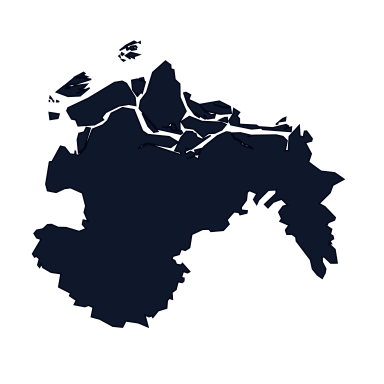 Barisal, Barisal, Bangladesh, rotated 277°
{"feature_id": "16705992B66943755852345", "entity_name": "Barisal", "entity_type": "district", "adm_level": 2, "iso_a3": "BGD", "parent_name": "Bangladesh", "parent_adm1": "Barisal", "projection": "robinson", "projection_center": [90.343, 22.763], "detail": "fine", "context": "isolated", "style": "filled", "palette": "ink", "viewbox_px": 384, "rotation_deg": 277, "n_neighbors": 0, "source": "geoboundaries", "source_scale": "gbopen_adm2", "svg_char_len": 6046}
<svg xmlns="http://www.w3.org/2000/svg" viewBox="0 0 384 384"><g transform="rotate(277 192 192)"><path d="M139.2,344.7L152.4,340.9L157.2,334.2L157.7,336.7L160.2,334.8L162.8,338.1L165.7,337.1L166.7,334.4L172.1,335.1L174.8,329.7L178.3,331.0L181.5,336.8L184.1,337.3L193.6,325.6L195.9,319.5L208.1,329.1L215.8,330.9L223.2,341.2L228.4,331.2L228.3,317.4L235.9,304.0L244.5,305.7L254.7,298.5L257.2,304.4L259.5,304.8L266.4,298.3L266.0,296.3L259.9,295.9L260.8,292.2L271.0,290.3L259.0,281.8L244.6,282.7L244.4,279.4L254.5,280.1L258.1,275.5L258.8,268.6L255.6,245.2L253.2,240.2L255.5,243.1L256.6,233.0L255.4,225.0L250.5,228.1L249.9,232.0L245.6,238.4L245.6,240.8L243.2,246.2L242.2,246.7L244.9,235.9L248.0,233.3L250.0,227.4L255.7,222.9L255.8,218.7L250.8,210.4L238.8,198.6L233.6,195.4L225.2,194.1L227.4,189.9L224.5,182.5L228.6,190.0L230.6,190.2L232.1,185.6L228.9,181.5L231.3,179.7L233.9,184.0L234.7,179.8L234.5,186.1L250.4,203.7L245.5,195.6L247.1,190.0L250.2,188.7L251.2,184.5L251.9,185.8L251.5,179.0L244.8,174.5L230.8,169.9L230.0,176.2L227.6,176.2L234.4,142.3L228.1,133.3L231.8,135.5L234.9,141.2L233.6,165.4L239.8,172.1L244.1,162.6L243.6,141.2L246.6,135.4L266.6,124.4L267.2,112.9L260.3,102.3L252.4,99.5L247.5,95.2L242.2,85.6L222.2,80.7L214.6,75.0L214.5,72.4L218.9,71.1L214.9,71.2L214.7,66.4L220.9,60.3L221.4,55.9L205.0,49.4L204.5,46.9L181.9,46.0L175.7,48.5L175.1,57.2L180.0,65.1L181.5,71.0L177.7,83.4L165.1,88.3L158.7,87.5L150.4,92.3L150.9,87.5L146.5,87.2L142.7,91.4L139.0,84.8L141.3,71.4L140.5,63.5L142.6,56.5L141.9,52.6L137.2,48.7L135.1,42.5L131.6,40.3L127.6,43.5L126.7,48.1L111.2,41.3L108.3,43.6L109.3,45.5L107.1,48.7L100.8,47.8L98.7,49.9L102.3,51.1L98.9,53.3L95.2,61.9L95.0,71.9L81.5,71.3L76.8,84.0L74.1,83.2L70.4,90.5L65.9,88.9L65.2,99.8L67.0,103.0L65.4,108.0L55.9,107.3L54.7,115.8L49.2,129.7L49.4,139.5L56.0,142.0L55.7,154.4L52.8,164.8L64.2,160.2L63.0,164.6L64.3,167.1L62.8,168.4L70.1,173.0L73.7,181.0L81.2,180.7L83.9,182.3L83.2,185.6L89.9,184.3L93.3,188.0L101.3,189.0L101.0,193.3L102.6,194.7L105.4,194.6L105.7,191.8L112.1,193.0L111.3,197.4L112.7,199.4L119.9,191.2L118.1,190.2L118.2,185.4L121.9,183.2L122.7,180.2L126.0,180.9L128.5,186.8L133.9,188.2L133.3,192.5L136.5,196.4L149.9,196.9L156.3,207.2L157.2,213.3L155.2,215.6L157.8,227.8L164.6,232.7L168.6,230.0L177.4,236.0L177.6,240.9L175.4,242.5L177.8,248.9L180.0,249.1L180.0,243.2L183.0,242.7L190.6,246.9L198.6,246.8L200.5,248.9L198.3,256.7L192.0,254.1L187.6,257.7L192.2,259.1L203.1,267.6L204.5,275.4L200.6,275.6L188.6,265.6L185.6,269.3L191.9,273.9L195.9,281.8L190.7,288.5L188.9,284.1L182.6,280.6L176.5,284.3L173.7,282.9L170.9,292.4L165.6,289.5L161.6,291.4L162.3,296.3L160.0,300.6L156.0,301.6L139.2,317.9L130.3,321.0L125.0,326.5L122.2,331.7L127.9,333.9L132.0,334.1L138.3,329.8L143.4,329.0L143.7,331.3L138.4,338.3L139.2,344.7ZM318.7,149.7L305.9,138.5L285.3,134.9L276.6,129.9L268.5,129.5L250.3,149.4L248.0,173.8L249.5,175.4L251.6,173.8L250.0,166.6L250.9,164.3L254.4,162.4L252.6,159.7L253.0,154.1L253.2,159.8L257.0,161.5L258.0,164.1L256.9,166.8L251.9,169.5L252.3,172.5L260.2,171.2L271.5,176.2L284.5,168.5L297.8,166.6L301.5,161.4L311.0,159.0L311.6,156.0L315.5,155.3L318.7,149.7ZM243.8,70.9L246.9,87.1L252.9,95.3L254.9,93.4L260.5,96.7L268.6,109.1L271.4,118.6L271.0,125.6L278.9,123.9L291.7,113.7L293.4,109.3L291.2,101.7L272.5,77.9L260.4,58.7L257.4,57.9L253.2,61.0L249.8,63.6L249.5,67.8L243.8,70.9ZM264.7,212.3L263.2,193.4L266.6,180.2L260.4,172.7L254.9,177.3L254.8,185.9L247.7,196.3L252.1,201.1L253.2,207.4L257.3,214.0L263.1,217.7L264.7,212.3ZM281.2,220.0L285.5,208.0L279.7,188.9L274.0,195.9L272.7,210.6L274.9,221.4L280.3,219.8L279.6,212.8L281.2,204.1L281.8,203.5L280.1,212.1L281.2,220.0ZM279.9,188.3L283.3,177.4L288.2,178.7L290.1,173.9L289.2,171.8L277.5,177.4L269.1,185.3L266.6,190.7L269.2,186.8L270.8,185.3L266.1,196.0L266.9,197.9L269.2,194.4L269.7,194.6L266.5,198.5L268.3,205.1L271.8,205.6L270.9,201.8L273.7,194.7L279.9,188.3ZM282.1,52.5L274.7,45.2L271.8,57.3L273.8,69.2L282.9,77.7L275.4,65.3L280.5,71.5L280.2,66.6L282.3,71.9L286.2,74.8L283.1,62.2L279.1,56.1L282.0,58.6L279.9,56.4L279.1,52.8L282.0,57.3L282.1,52.5ZM279.9,223.3L274.2,223.2L267.2,220.0L263.5,222.4L261.9,243.4L263.8,252.2L266.1,247.7L264.9,230.8L270.7,230.0L272.9,227.3L276.9,229.5L279.9,223.3ZM236.4,72.7L230.0,71.8L217.0,74.7L222.2,79.6L242.9,83.2L243.2,79.2L238.3,77.6L236.4,72.7ZM295.5,118.6L286.2,120.7L279.9,126.5L283.4,124.6L281.6,127.0L284.9,129.3L284.0,130.5L295.5,132.2L297.3,123.8L295.5,118.6ZM270.4,277.2L265.5,264.2L264.9,252.2L262.8,254.4L264.1,282.9L268.6,282.8L266.7,278.0L266.3,275.1L268.3,279.3L269.3,277.5L268.9,280.3L270.4,277.2ZM282.6,53.2L285.2,64.2L291.6,78.2L291.6,65.4L290.2,63.2L291.6,64.5L291.9,62.1L282.6,53.2ZM248.0,150.8L264.1,132.9L251.9,140.4L246.7,146.8L248.0,150.8ZM253.2,50.6L253.5,40.6L246.7,42.3L248.8,49.9L253.2,50.6ZM323.1,113.9L319.2,109.4L316.5,114.8L319.8,110.7L317.7,118.4L319.4,117.9L321.9,122.9L323.1,113.9ZM251.2,169.4L256.4,166.4L257.2,163.6L251.4,164.2L251.2,169.4ZM270.2,217.8L269.8,215.4L266.6,210.3L265.4,218.8L270.2,217.8ZM236.1,195.7L233.8,189.7L229.4,191.6L229.8,193.3L236.1,195.7ZM329.5,108.6L323.7,102.9L328.7,110.4L328.4,107.7L333.5,118.7L334.6,116.1L329.5,108.6ZM292.3,62.4L292.6,72.4L293.5,74.2L295.2,66.6L292.3,62.4ZM329.1,113.8L324.7,110.0L326.8,112.9L325.4,114.9L327.1,120.0L327.1,116.3L329.7,116.8L328.5,120.1L330.2,118.3L329.1,113.8ZM277.4,275.9L275.8,273.1L272.3,269.8L274.1,275.9L277.4,275.9ZM299.5,129.8L298.2,125.9L297.6,125.7L296.6,131.0L299.5,129.8ZM321.6,105.4L320.2,104.9L319.2,106.1L320.6,107.5L321.6,105.4ZM295.7,67.3L295.9,70.7L296.5,71.3L297.5,69.8L295.7,67.3ZM314.5,109.2L314.9,107.3L314.7,106.4L313.6,108.1L314.5,109.2ZM266.2,46.7L265.1,46.7L265.5,49.2L266.2,46.7ZM327.1,111.1L327.2,109.3L325.5,110.0L327.1,111.1ZM269.4,39.6L267.9,39.5L267.1,41.7L267.7,41.4L269.4,39.6ZM317.1,104.2L318.6,103.5L318.0,102.9L317.1,104.2ZM269.2,267.0L270.0,268.8L271.2,268.8L269.2,267.0ZM333.9,121.0L333.5,122.4L334.8,122.2L333.9,121.0ZM264.2,43.8L265.5,43.5L266.3,42.5L264.2,43.8ZM265.9,39.3L263.8,39.5L266.1,39.3L265.9,39.3Z" fill="#0f172a" stroke="#020617" stroke-width="1.5"/></g></svg>